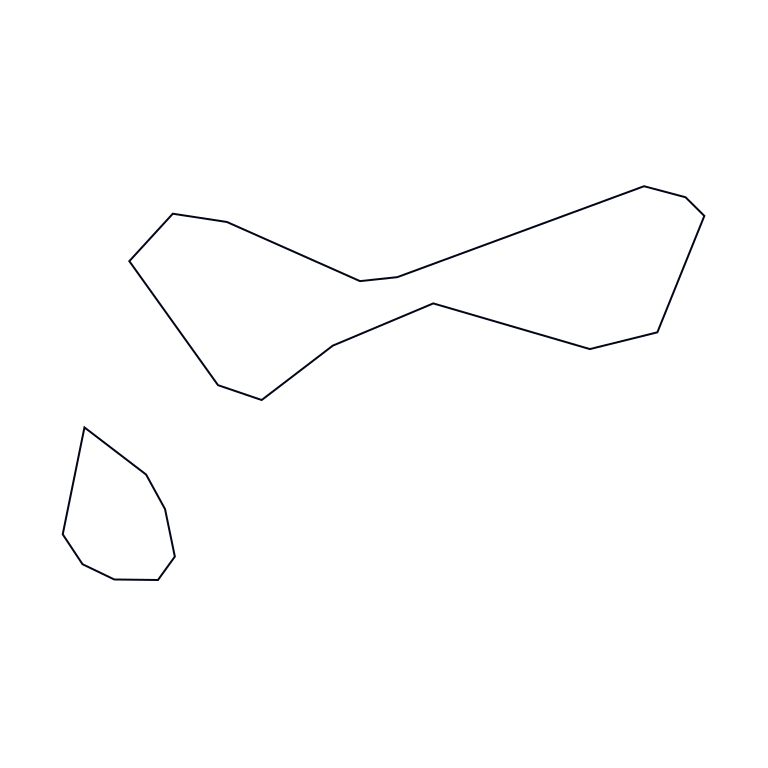 map outline of Saint Pierre and Miquelon (Equal Earth projection), rotated 87°
{"feature_id": "SPM", "entity_name": "Saint Pierre and Miquelon", "entity_type": "country or territory", "adm_level": 0, "iso_a3": "SPM", "parent_name": "North America", "parent_adm1": "", "projection": "equal_earth", "projection_center": [-56.267, 46.926], "detail": "fine", "context": "isolated", "style": "outline", "palette": "ink", "viewbox_px": 768, "rotation_deg": 87, "n_neighbors": 0, "source": "natural_earth", "source_scale": "50m", "svg_char_len": 452}
<svg xmlns="http://www.w3.org/2000/svg" viewBox="0 0 768 768"><g transform="rotate(87 384 384)"><path d="M376.5,549.8L248.0,631.9L202.9,586.0L214.0,532.4L280.0,402.6L278.0,365.2L200.1,114.0L213.3,73.1L232.9,55.3L346.7,108.3L359.9,176.6L306.1,330.6L343.0,433.1L393.6,507.0L376.5,549.8ZM548.2,694.5L517.3,712.7L411.7,685.4L462.0,626.3L497.5,609.2L545.4,601.9L567.9,620.0L565.1,663.6L548.2,694.5Z" fill="none" stroke="#020617" stroke-width="2"/></g></svg>